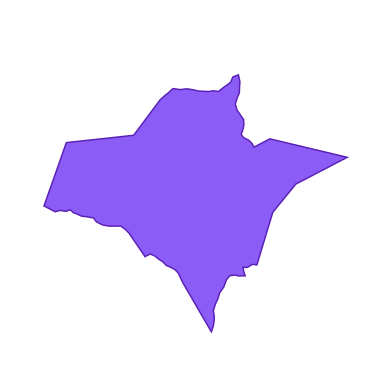 Santo André, Paraíba, Brazil, rotated 289°
{"feature_id": "56859067B12125725469802", "entity_name": "Santo André", "entity_type": "district", "adm_level": 2, "iso_a3": "BRA", "parent_name": "Brazil", "parent_adm1": "Paraíba", "projection": "mercator", "projection_center": [-36.617, -7.225], "detail": "fine", "context": "isolated", "style": "filled", "palette": "violet", "viewbox_px": 384, "rotation_deg": 289, "n_neighbors": 0, "source": "geoboundaries", "source_scale": "gbopen_adm2", "svg_char_len": 1221}
<svg xmlns="http://www.w3.org/2000/svg" viewBox="0 0 384 384"><g transform="rotate(289 192 192)"><path d="M268.9,131.9L226.7,118.4L221.2,106.9L204.1,70.5L197.8,57.1L164.3,56.9L130.6,56.6L128.8,69.1L131.6,73.2L132.7,79.2L135.6,82.8L133.8,86.5L133.7,90.9L133.2,95.4L134.5,101.6L135.4,107.3L132.7,111.3L131.7,117.9L132.7,124.6L134.4,129.4L136.5,135.7L135.1,140.7L132.5,146.0L115.6,168.6L119.8,172.7L119.4,177.7L117.8,181.9L116.5,187.1L114.2,191.7L113.9,196.0L113.0,201.4L111.0,205.2L107.7,208.5L103.7,212.3L66.1,255.8L72.1,255.8L76.7,255.0L81.1,253.8L87.0,250.8L93.4,250.6L99.8,251.3L105.7,251.0L112.7,253.0L120.5,253.2L125.1,255.0L127.4,259.4L127.9,263.7L130.1,269.6L133.4,267.0L137.4,264.7L138.6,268.8L143.3,272.7L144.2,277.1L199.1,275.0L233.3,287.6L275.3,327.4L267.6,248.3L254.6,236.0L257.5,232.8L259.5,228.5L260.2,223.1L262.4,219.8L267.8,219.8L272.0,219.3L277.3,217.2L280.4,213.0L284.1,208.0L289.2,204.3L296.2,204.1L301.0,204.5L307.8,202.5L311.9,201.4L317.9,197.7L314.0,193.2L308.4,192.8L304.8,190.5L301.0,187.7L295.7,184.3L294.6,179.0L292.6,175.5L290.9,170.0L289.5,164.6L289.1,160.0L287.8,153.2L285.0,147.6L283.6,140.3L278.1,137.4L274.8,135.2L268.9,131.9Z" fill="#8b5cf6" stroke="#5b21b6" stroke-width="1.5"/></g></svg>